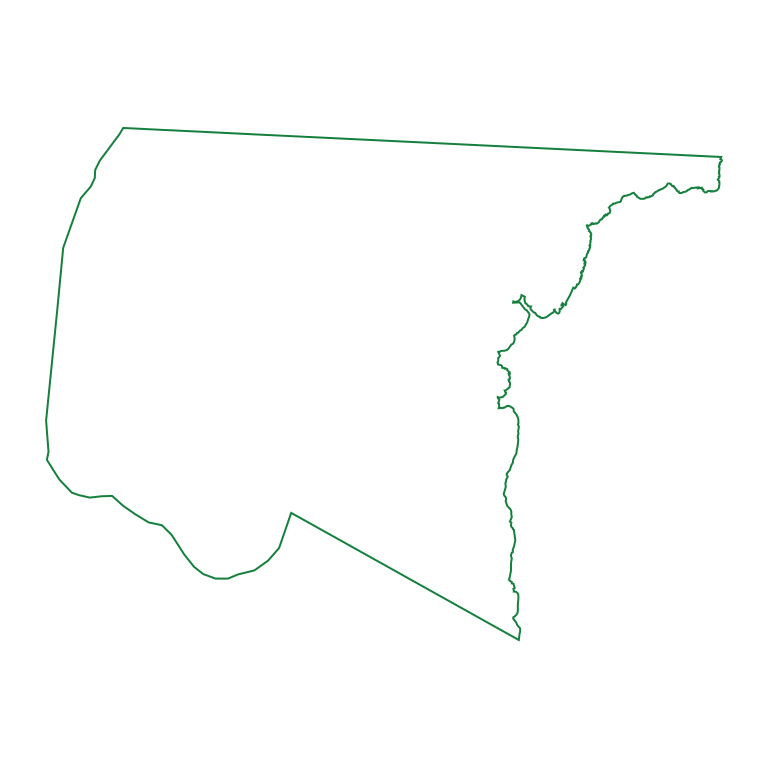 Ngersuul, Airai, Palau (Albers equal-area conic projection)
{"feature_id": "81905179B1106200869758", "entity_name": "Ngersuul", "entity_type": "district", "adm_level": 2, "iso_a3": "PLW", "parent_name": "Palau", "parent_adm1": "Airai", "projection": "albers", "projection_center": [134.596, 7.428], "detail": "fine", "context": "isolated", "style": "outline", "palette": "green", "viewbox_px": 768, "rotation_deg": 0, "n_neighbors": 0, "source": "geoboundaries", "source_scale": "gbopen_adm2", "svg_char_len": 6114}
<svg xmlns="http://www.w3.org/2000/svg" viewBox="0 0 768 768"><path d="M518.8,640.0L519.6,633.4L520.1,632.1L520.2,629.2L519.8,627.9L518.4,626.6L517.0,624.5L516.0,622.2L513.3,618.8L513.3,617.3L514.6,616.5L516.5,614.7L517.6,612.5L517.9,610.1L517.8,605.3L518.4,598.5L518.3,594.9L517.9,593.6L516.0,591.7L513.8,591.6L513.9,590.4L513.3,589.0L514.7,587.9L513.5,583.8L511.8,583.4L511.7,581.8L510.2,581.1L508.9,579.7L509.4,578.7L511.0,570.6L511.1,562.1L511.8,558.7L510.9,555.5L511.7,552.8L512.9,552.1L512.7,550.0L514.0,546.4L515.3,540.4L513.9,530.0L513.0,529.2L512.9,528.2L511.7,527.3L510.9,525.4L511.4,522.6L509.9,521.6L511.8,517.0L511.3,514.5L511.3,511.5L510.5,509.4L507.2,505.8L505.7,501.1L506.2,498.6L505.6,497.1L504.4,495.8L503.7,494.0L505.6,487.6L505.7,485.7L505.4,483.0L506.1,481.3L506.2,479.4L507.3,477.8L507.7,476.4L506.8,475.4L506.7,473.9L507.7,472.4L509.8,470.0L511.3,465.3L512.9,462.6L513.1,460.1L513.8,458.2L516.4,453.4L516.7,450.2L517.5,446.8L518.3,439.9L517.7,436.5L518.5,433.5L518.1,431.6L518.9,426.6L517.9,424.5L518.5,423.0L518.3,419.1L517.7,417.1L516.2,414.2L513.8,411.4L513.5,408.7L510.9,406.8L508.9,405.9L506.9,406.0L504.6,407.6L503.4,407.6L502.9,408.1L500.7,407.9L498.7,408.2L499.2,406.3L499.0,403.6L498.2,403.1L499.4,399.9L498.6,398.6L497.9,398.3L497.8,397.1L499.0,397.6L501.5,397.3L503.0,396.8L506.1,393.6L505.9,392.6L505.3,392.2L504.7,390.5L505.6,390.5L508.9,387.8L509.5,387.6L510.0,384.0L509.8,382.2L509.1,381.6L509.3,381.1L508.5,379.7L510.0,378.6L509.6,376.0L509.0,375.0L509.0,374.2L509.9,373.8L509.7,372.5L509.1,372.7L509.4,372.1L507.3,370.3L507.3,369.2L505.8,368.4L505.0,368.8L504.5,368.7L504.3,368.0L502.2,367.8L501.9,365.9L500.8,365.1L498.0,364.4L497.9,363.5L497.5,362.4L498.2,360.9L498.3,357.8L499.2,357.1L500.0,355.8L498.2,351.9L498.9,351.6L499.6,351.9L500.8,351.1L501.9,350.8L504.0,350.8L506.5,350.2L508.2,349.0L511.1,344.9L513.2,343.5L513.8,342.5L514.6,339.9L514.6,337.6L514.0,335.8L515.0,334.8L516.3,334.4L517.1,332.9L517.9,332.9L520.3,330.4L521.1,330.2L523.1,327.8L524.5,327.0L527.2,322.3L529.6,315.0L529.1,313.4L526.6,310.2L525.0,309.4L520.0,302.7L518.3,302.4L513.1,302.7L513.3,301.4L515.5,302.0L518.3,301.0L519.5,300.1L520.9,297.9L521.5,295.1L524.9,296.8L524.4,299.1L524.8,301.4L525.3,303.0L527.4,304.6L527.9,305.8L529.2,306.4L531.0,306.5L530.4,307.8L530.7,309.3L533.8,312.5L535.2,312.8L536.5,315.0L538.3,316.4L540.1,316.9L540.2,317.5L541.6,318.1L543.9,317.9L546.3,317.2L551.5,313.4L553.3,312.4L554.2,311.3L554.0,309.8L554.6,309.5L554.8,310.5L556.2,312.5L556.9,313.2L558.2,313.6L559.3,312.8L559.9,309.8L559.5,309.2L559.7,308.8L561.0,308.9L563.2,306.3L562.2,305.0L561.5,305.2L561.6,304.5L562.5,303.3L563.0,304.2L563.7,304.0L565.6,305.1L566.3,303.9L566.0,302.4L569.8,295.5L573.3,287.7L574.8,288.5L575.7,287.6L575.7,287.2L577.1,285.2L577.0,284.5L578.1,284.3L579.2,283.2L580.5,279.7L580.0,278.9L580.8,278.2L581.2,278.4L581.4,278.1L581.0,277.3L581.4,276.9L581.2,276.4L581.7,276.3L581.9,275.7L581.6,273.7L580.9,272.9L580.9,272.4L581.8,271.2L582.3,271.9L582.9,271.6L583.8,268.7L583.4,267.7L584.0,267.5L584.3,266.3L585.2,265.3L585.2,264.5L584.4,263.9L584.4,263.4L585.4,263.1L585.6,262.6L585.5,262.1L585.0,261.9L585.2,261.1L584.7,260.3L583.7,260.4L583.9,258.7L586.1,257.4L587.2,253.5L587.9,252.9L588.2,250.9L589.0,250.6L589.4,249.8L589.2,248.8L590.0,247.7L589.8,246.9L590.2,246.2L590.1,245.6L589.8,245.4L590.3,245.1L590.1,244.3L590.6,241.6L590.3,240.9L591.0,239.3L590.8,236.9L590.4,236.3L591.2,235.7L591.2,233.4L590.0,232.1L589.7,231.3L589.1,231.1L589.3,230.5L589.0,229.7L588.3,229.1L588.3,228.5L587.9,227.9L587.6,227.8L586.8,225.6L587.0,225.3L587.4,225.7L589.0,225.7L591.1,224.5L591.3,223.4L591.7,223.3L592.5,223.2L592.5,223.8L592.9,223.6L593.5,224.1L595.9,223.3L596.3,223.7L597.6,223.2L599.1,221.8L599.3,221.1L600.5,219.5L601.6,219.5L602.1,219.1L602.0,218.2L601.7,218.1L602.6,218.0L603.3,217.1L603.8,217.1L604.3,216.5L603.8,216.2L604.0,215.7L604.9,215.1L605.5,215.6L606.0,215.4L606.2,215.1L605.8,215.0L606.0,214.5L607.0,215.2L607.7,214.5L607.9,213.7L609.0,213.3L609.9,212.6L610.3,210.6L609.8,210.0L609.7,208.6L608.9,207.6L609.7,206.8L610.1,206.0L612.9,204.3L612.9,203.7L614.9,203.6L615.9,202.9L620.4,201.8L620.9,201.0L621.5,199.0L621.9,198.5L621.9,198.1L622.4,197.6L622.8,196.7L623.8,196.1L624.3,196.1L624.4,195.8L627.3,195.5L627.7,195.1L629.9,194.6L632.0,193.3L633.9,192.8L635.3,194.8L636.8,195.6L636.8,196.6L640.3,198.8L643.5,198.8L644.8,198.5L645.7,197.9L645.8,197.5L647.0,197.6L647.5,197.2L647.9,197.4L649.6,196.9L649.7,196.6L650.0,196.8L652.2,195.6L652.5,195.7L653.5,194.4L653.5,193.8L655.5,192.3L655.6,191.9L656.3,191.8L659.0,190.1L659.4,190.2L660.2,189.8L660.3,189.5L662.6,188.7L664.9,187.2L666.8,185.4L667.7,183.6L669.3,183.4L671.0,184.2L671.8,185.7L672.5,186.1L673.3,185.9L673.8,186.2L674.1,186.7L674.0,187.1L675.2,188.0L675.2,188.4L676.8,190.0L676.8,190.7L678.3,191.7L678.8,191.6L678.8,192.3L679.1,192.8L680.0,193.1L681.8,193.0L682.7,192.3L686.0,191.5L687.6,190.4L687.7,190.1L689.7,189.3L691.4,187.9L692.5,188.1L696.3,187.5L697.8,187.4L697.4,187.9L697.5,188.4L697.9,188.4L698.3,188.1L698.8,188.2L699.1,187.8L699.9,188.1L701.8,187.8L701.7,188.7L702.2,189.2L702.9,189.1L703.4,189.7L703.1,190.2L703.4,191.1L705.1,192.5L706.5,192.3L708.0,191.0L710.0,190.9L710.7,191.5L711.6,191.2L711.6,191.5L713.9,191.4L715.6,190.7L716.4,190.7L717.2,190.1L718.7,188.3L719.1,187.1L719.1,185.5L719.4,185.1L719.4,182.6L719.1,182.3L719.4,181.7L719.0,180.7L717.8,179.7L719.4,177.2L719.5,176.4L719.2,176.3L719.5,175.9L719.5,174.7L718.9,173.5L719.1,173.1L718.9,172.4L719.3,171.9L719.1,170.4L719.4,170.0L719.5,167.6L719.0,167.0L718.9,166.3L719.2,165.3L719.7,165.1L719.8,163.8L719.5,163.3L720.4,162.0L720.8,162.2L721.9,160.7L721.5,159.5L720.3,159.0L721.2,157.0L123.2,128.0L119.3,134.5L100.0,160.3L95.2,169.9L94.8,178.0L90.8,186.5L80.8,198.2L63.2,247.8L57.2,310.4L46.1,420.6L48.5,451.7L46.9,459.9L59.4,479.6L71.9,492.7L78.8,495.1L89.8,497.6L101.1,496.3L112.1,495.9L123.0,505.7L135.2,514.2L148.6,522.4L161.9,525.2L171.7,535.0L184.3,554.6L194.0,566.8L203.3,574.1L215.5,578.6L228.0,578.6L237.8,574.5L254.4,570.4L268.1,560.6L279.1,548.0L291.2,512.9L518.8,640.0Z" fill="none" stroke="#15803d" stroke-width="2"/></svg>